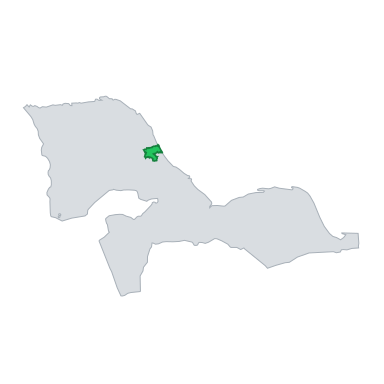 Mocubela, Zambezia, Mozambique (highlighted), rotated 267°
{"feature_id": "85939544B38416709222197", "entity_name": "Mocubela", "entity_type": "district", "adm_level": 2, "iso_a3": "MOZ", "parent_name": "Mozambique", "parent_adm1": "Zambezia", "projection": "mercator", "projection_center": [37.746, -17.006], "detail": "fine", "context": "in_parent", "style": "filled", "palette": "green", "viewbox_px": 384, "rotation_deg": 267, "n_neighbors": 0, "source": "geoboundaries", "source_scale": "gbopen_adm2", "svg_char_len": 7721}
<svg xmlns="http://www.w3.org/2000/svg" viewBox="0 0 384 384"><g transform="rotate(267 192 192)"><path d="M111.9,263.4L114.6,261.3L132.3,241.7L133.4,240.9L132.0,237.6L134.3,233.9L134.6,228.0L135.3,227.1L138.0,225.1L141.7,219.1L144.0,214.4L144.3,212.2L141.0,205.9L140.0,202.5L141.0,199.6L141.3,196.8L140.9,195.9L138.8,194.8L138.5,193.6L138.5,192.1L138.9,191.3L141.4,190.0L142.0,189.3L144.1,182.0L143.3,176.5L143.3,170.2L143.8,163.7L143.6,160.0L142.0,155.8L141.8,152.8L143.0,150.6L143.2,149.4L139.3,148.7L137.3,147.0L129.9,144.2L124.2,143.8L119.4,139.6L115.7,138.9L110.9,135.8L95.8,135.3L95.3,135.0L94.8,125.7L94.2,122.6L92.3,119.4L91.8,117.1L92.0,115.6L100.3,112.3L116.6,107.6L120.2,106.0L148.0,96.6L148.8,97.2L151.5,102.0L156.2,107.4L157.3,106.6L164.0,105.8L165.0,105.1L167.0,104.6L169.3,104.3L170.1,104.6L172.6,108.0L173.4,114.3L173.5,118.6L173.2,121.6L171.3,125.1L169.8,129.6L167.7,132.0L167.7,133.2L170.1,135.8L170.6,137.0L170.5,139.3L170.9,140.2L173.0,141.7L174.6,143.9L180.7,150.3L182.2,151.5L183.4,151.8L184.0,153.1L183.7,154.5L182.7,155.4L183.1,156.6L184.3,157.6L187.1,157.4L187.4,157.0L187.2,151.3L186.2,147.9L185.1,146.4L187.4,140.2L188.7,138.5L193.2,137.9L195.3,137.3L196.2,136.5L196.8,134.6L197.4,129.1L197.6,124.0L197.1,121.0L197.8,116.5L198.8,113.7L198.3,113.1L197.9,109.4L186.6,94.3L180.2,87.6L179.1,86.9L175.5,86.4L173.7,83.9L172.2,70.5L169.8,60.8L173.5,54.4L174.7,50.3L175.5,49.7L178.6,49.4L189.8,49.6L192.6,49.9L193.8,49.5L196.7,47.1L199.1,47.1L202.3,48.7L204.1,50.1L204.4,51.2L206.5,51.9L210.6,52.1L213.5,51.5L215.3,50.1L217.2,49.3L219.2,49.3L220.8,49.7L221.8,50.8L223.8,51.6L226.7,52.0L229.9,51.3L233.3,49.5L235.3,47.6L236.3,44.4L237.0,44.0L241.8,43.7L244.5,44.3L247.8,46.3L253.5,42.7L257.1,41.6L260.6,41.6L263.4,40.7L265.7,39.0L268.0,37.9L272.8,36.7L276.0,34.9L285.0,28.1L286.0,30.0L287.8,31.8L285.4,33.8L287.5,35.1L286.0,37.0L285.8,38.3L286.5,39.6L285.5,41.8L284.2,43.4L283.8,44.7L285.0,47.0L284.4,51.0L286.3,57.7L285.7,59.9L286.1,65.2L285.4,67.1L286.6,67.8L287.2,69.9L286.7,73.5L284.7,75.1L284.5,76.6L287.0,76.6L287.0,81.2L286.7,82.6L287.2,84.2L286.5,85.9L287.4,93.3L287.5,98.7L287.6,99.6L289.7,100.5L289.7,102.0L288.3,103.9L288.4,106.8L289.9,104.5L290.9,104.5L291.7,105.4L291.7,108.7L292.2,110.3L292.0,111.7L289.5,114.4L289.3,117.1L288.4,117.4L287.9,118.1L288.6,119.6L288.5,120.9L286.8,125.1L278.3,135.0L278.1,136.7L275.9,139.8L273.6,140.3L272.3,141.2L273.3,143.9L261.9,151.0L260.8,151.9L259.0,154.5L255.2,155.9L251.1,156.1L250.5,156.6L241.2,159.9L239.4,161.4L235.5,162.8L229.3,166.3L224.3,169.7L218.5,174.7L217.7,177.4L215.0,180.9L211.0,185.1L208.6,188.6L208.4,190.1L207.0,190.6L205.7,189.1L205.2,192.0L204.2,192.2L203.1,191.6L198.0,194.6L194.2,198.0L188.8,204.6L180.9,211.0L179.1,211.1L176.6,208.9L175.3,208.8L177.3,211.2L177.2,216.6L176.2,222.9L176.3,224.3L181.6,231.0L184.1,238.8L184.3,242.9L187.0,248.1L188.1,255.9L187.9,263.3L189.1,264.4L189.6,263.4L189.8,258.8L190.5,257.5L191.2,257.7L191.9,260.2L192.1,262.8L191.2,268.6L191.5,270.9L192.8,274.8L191.2,279.4L188.9,292.0L189.4,292.8L190.6,293.1L191.1,291.7L191.8,291.7L192.1,292.5L191.1,297.5L190.2,299.7L186.7,305.1L184.9,307.4L181.8,309.6L174.5,313.2L160.0,318.3L150.7,322.3L143.4,327.1L140.3,330.3L138.9,334.0L136.5,337.9L138.6,341.1L141.3,343.4L142.6,339.6L143.3,339.5L142.0,355.7L132.0,355.9L129.1,355.3L127.4,355.5L127.3,348.7L126.1,343.7L126.6,340.1L126.5,338.2L124.3,336.9L123.8,333.0L125.0,330.1L125.0,305.7L121.5,293.9L116.7,285.5L116.5,281.3L114.4,272.0L111.9,263.4ZM176.0,59.9L177.1,59.3L177.3,58.2L176.5,57.6L175.9,57.8L175.5,59.5L176.0,59.9ZM175.2,57.9L174.2,57.0L173.5,57.3L173.3,58.0L174.0,58.9L174.8,58.9L175.2,57.9Z" fill="#d9dde1" stroke="#a8b0b8" stroke-width="1"/><path d="M233.9,163.9L233.9,164.0L233.5,164.0L233.4,164.0L233.0,164.3L232.9,164.4L232.9,164.5L233.0,164.5L233.3,164.4L234.3,163.8L235.4,163.2L236.3,162.8L236.6,162.6L237.1,162.4L237.5,162.2L238.3,161.9L238.7,161.8L238.9,161.7L239.3,161.6L239.1,161.2L238.9,161.1L238.7,160.9L238.5,160.7L238.9,160.9L239.3,161.1L239.5,161.5L239.8,161.4L240.1,161.4L240.1,161.2L240.4,161.1L240.6,161.0L240.7,160.9L240.3,160.9L240.1,160.9L240.3,160.8L240.2,160.7L239.8,160.7L239.7,160.6L239.5,160.4L239.6,160.2L239.7,160.3L239.7,160.5L240.0,160.5L240.3,160.7L240.5,160.6L240.6,160.4L240.7,160.0L240.6,159.9L240.2,159.6L239.8,159.1L239.8,158.8L239.9,158.6L239.8,158.4L239.9,158.2L239.7,158.0L239.5,157.9L239.4,157.6L239.5,157.4L239.8,157.4L239.7,157.1L239.6,156.9L239.6,156.5L239.8,156.3L239.8,156.2L239.7,156.0L239.6,155.8L239.4,155.6L239.4,155.4L239.2,155.2L239.3,154.8L239.2,154.7L238.8,154.4L238.5,154.4L238.5,154.2L238.8,154.0L238.7,153.8L238.5,153.6L238.5,153.4L238.5,153.2L238.4,152.9L238.5,152.6L238.4,152.5L238.4,152.4L238.2,152.2L238.3,152.1L238.2,151.9L238.3,151.9L238.3,151.7L238.5,151.4L238.4,151.2L238.4,150.9L238.4,150.7L238.2,150.6L238.3,150.5L238.3,150.4L238.2,150.3L238.1,150.2L238.3,149.8L238.4,149.6L238.2,149.5L238.2,149.4L238.3,149.3L238.4,149.1L238.1,148.9L237.8,149.0L237.8,148.9L237.6,148.8L237.4,148.6L237.1,148.4L236.9,148.3L237.1,148.1L237.0,147.9L237.0,147.6L237.0,147.4L237.1,147.1L236.9,147.0L236.9,146.9L237.0,146.8L237.0,146.6L236.7,146.2L236.6,145.9L236.5,146.0L236.2,146.2L236.0,146.3L235.7,146.3L235.4,146.5L235.0,146.6L234.9,146.7L234.5,146.9L234.4,147.2L234.5,147.3L234.5,147.6L234.4,147.6L234.3,147.3L234.3,147.2L234.2,147.2L233.8,147.1L233.8,147.4L233.8,147.6L233.8,147.8L233.8,148.1L233.9,148.3L233.8,148.5L233.7,148.5L233.5,148.4L233.5,148.2L233.4,148.3L233.3,148.2L233.1,148.0L233.1,147.9L232.6,147.9L232.4,147.7L232.3,147.9L232.2,147.9L232.1,147.7L231.9,147.4L231.7,147.4L231.5,147.1L231.4,147.0L231.3,146.9L230.8,146.9L230.5,146.9L230.3,146.8L230.0,146.9L229.8,146.7L229.7,147.0L229.1,147.0L228.8,147.1L228.7,147.2L228.4,147.5L228.5,147.6L228.4,147.6L228.6,147.8L228.8,147.9L228.8,148.0L228.8,148.5L229.0,148.6L229.1,148.8L229.2,149.2L229.2,149.3L229.3,149.2L229.4,149.3L229.5,149.4L229.5,149.5L229.4,149.6L229.5,149.6L229.5,149.8L229.6,150.0L229.6,150.3L229.5,150.5L229.2,150.7L229.2,150.8L229.2,151.0L228.9,151.1L228.9,151.3L229.0,151.4L229.0,151.6L228.9,151.7L228.7,151.7L228.9,151.9L229.0,152.0L228.9,152.1L228.7,152.0L228.6,152.4L228.7,152.5L228.5,152.8L228.4,152.9L228.2,153.0L228.2,153.4L228.2,153.5L228.3,153.6L228.0,153.9L227.3,154.4L227.1,154.7L227.0,154.4L226.9,154.3L226.3,154.4L226.0,154.5L225.2,154.6L225.1,155.0L225.1,155.4L224.9,155.9L225.1,156.0L225.1,157.3L225.0,157.7L225.2,157.9L225.3,158.0L225.3,158.5L225.5,158.5L225.6,158.4L225.8,158.4L226.0,158.3L226.3,158.4L226.5,158.5L226.8,158.7L227.0,158.7L227.2,158.8L227.4,159.0L227.6,159.1L227.8,158.9L228.1,158.8L228.3,158.9L228.4,158.7L228.5,158.6L228.7,158.8L228.8,158.8L228.8,159.0L229.1,159.3L229.1,159.2L229.1,158.9L229.4,158.0L229.5,157.9L229.4,157.8L229.4,157.6L230.1,157.4L230.3,157.6L230.5,157.5L230.6,157.1L230.7,156.8L230.8,156.6L231.1,156.3L231.2,156.2L231.7,155.8L231.8,155.6L232.0,155.4L232.1,155.8L232.3,156.0L232.2,156.1L232.3,156.3L232.2,156.6L232.4,156.7L232.5,156.9L232.5,157.0L232.4,157.0L232.2,157.0L232.3,157.3L232.2,157.4L232.2,157.6L232.3,157.7L232.6,157.8L232.6,158.0L232.9,158.2L233.0,158.3L233.0,158.5L233.3,159.0L233.5,159.1L233.8,159.1L233.9,159.3L234.0,159.5L233.9,159.5L233.7,159.5L233.3,159.6L233.3,159.8L233.1,160.0L233.2,160.3L233.0,160.2L232.9,160.3L232.8,160.5L233.0,160.7L233.2,160.8L233.2,161.0L233.0,161.4L233.0,161.5L233.0,161.8L232.9,161.9L232.9,162.0L233.0,162.1L233.3,162.3L233.2,162.3L233.3,162.3L233.3,162.5L233.1,162.5L233.3,162.5L233.5,162.4L233.6,162.5L233.4,162.6L233.3,162.8L233.5,162.7L233.6,162.8L233.6,163.0L233.6,163.4L233.8,163.3L233.7,163.2L233.8,163.2L234.0,162.8L234.1,163.0L234.0,163.3L234.3,163.5L234.2,163.6L233.9,163.5L233.9,163.8L233.9,163.9Z" fill="#22c55e" stroke="#15803d" stroke-width="1.5"/></g></svg>